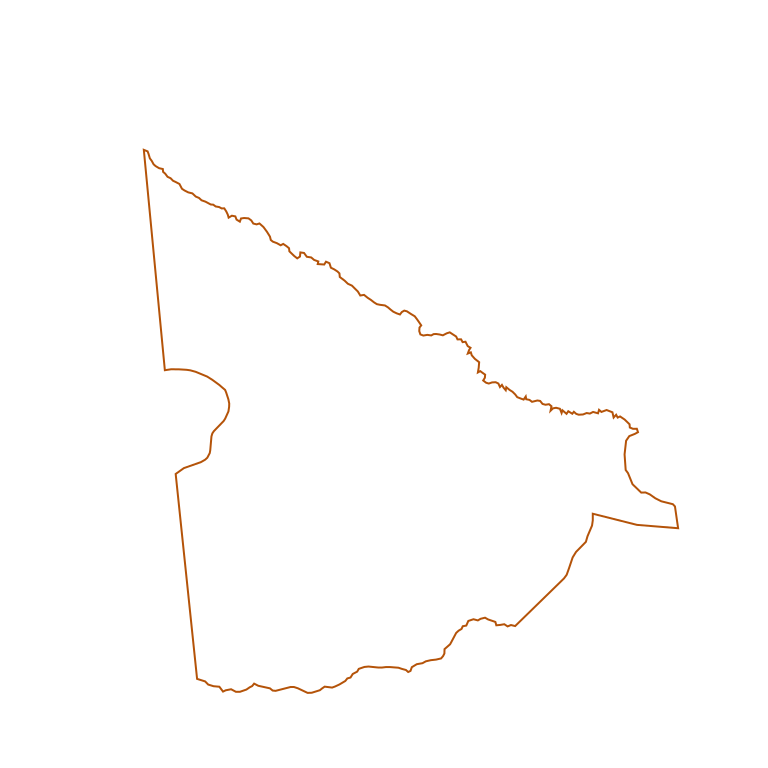 outline of Chapadão do Céu, Goiás, Brazil, rotated 346°
{"feature_id": "56859067B16920149429601", "entity_name": "Chapadão do Céu", "entity_type": "district", "adm_level": 2, "iso_a3": "BRA", "parent_name": "Brazil", "parent_adm1": "Goiás", "projection": "orthographic", "projection_center": [-52.582, -18.383], "detail": "fine", "context": "isolated", "style": "outline", "palette": "amber", "viewbox_px": 768, "rotation_deg": 346, "n_neighbors": 0, "source": "geoboundaries", "source_scale": "gbopen_adm2", "svg_char_len": 4029}
<svg xmlns="http://www.w3.org/2000/svg" viewBox="0 0 768 768"><g transform="rotate(346 384 384)"><path d="M452.7,650.6L511.6,616.2L515.1,613.3L519.1,607.3L525.1,597.9L529.7,593.4L541.7,586.0L544.6,581.0L551.6,571.7L553.6,566.8L555.2,560.4L595.4,581.9L634.5,595.1L635.2,587.9L636.7,573.2L635.2,570.5L624.7,564.9L619.6,560.5L615.2,555.4L611.5,552.5L607.3,551.6L600.9,541.4L599.2,529.5L597.7,525.9L600.4,510.5L605.2,497.6L609.4,493.9L615.3,493.1L618.8,492.2L618.5,488.6L614.7,487.7L612.0,485.7L612.5,482.5L608.9,476.7L605.2,472.6L602.6,473.1L601.8,470.0L598.7,472.1L598.8,466.7L593.7,463.1L588.2,463.7L586.4,461.1L584.6,464.2L580.1,461.7L576.6,462.5L573.6,461.2L569.7,461.7L565.5,460.9L563.3,459.5L561.5,456.9L559.5,458.4L556.2,455.0L553.9,457.1L550.8,452.7L549.3,455.1L548.7,450.6L545.2,448.7L542.1,448.5L539.2,450.2L541.1,446.1L539.2,443.5L535.7,443.2L533.0,441.7L531.4,438.2L528.8,437.1L523.3,437.1L521.3,434.6L518.3,433.2L518.5,430.4L515.7,432.9L512.9,431.0L510.1,429.0L508.8,425.9L506.8,422.6L504.4,420.1L501.9,416.7L500.6,419.5L499.1,416.5L498.2,413.4L495.8,415.0L495.1,411.2L492.8,409.3L489.3,408.6L485.8,408.9L483.4,407.5L481.1,404.6L483.4,402.3L484.4,399.4L482.4,397.1L480.5,394.8L477.9,395.5L479.8,391.2L481.6,385.9L478.2,381.5L476.1,377.4L475.9,374.3L472.7,374.7L474.8,371.6L476.7,369.8L474.4,367.5L473.3,362.7L470.4,362.4L469.6,359.3L466.1,358.5L465.5,355.4L462.7,352.4L460.3,349.8L457.1,350.0L452.9,351.0L449.9,349.4L446.7,348.1L444.2,347.6L441.6,348.3L437.9,346.8L433.9,346.5L431.3,344.7L431.0,341.2L432.1,337.8L434.3,336.1L431.7,329.2L430.2,325.7L427.1,322.6L423.8,319.0L421.4,317.7L418.7,318.5L416.3,320.4L413.4,318.5L410.5,316.1L408.3,313.3L406.4,310.6L403.9,308.0L399.3,306.2L396.4,304.8L394.1,302.4L391.6,299.2L389.0,296.4L386.2,292.7L382.4,292.4L381.0,287.9L379.1,284.8L376.7,280.8L373.2,278.0L370.8,274.2L367.0,269.5L367.5,265.9L366.1,263.6L363.5,260.8L360.6,258.3L360.3,253.6L357.3,251.3L354.9,253.6L351.8,252.6L348.7,251.6L349.9,249.2L346.2,246.7L344.0,243.6L339.9,241.9L338.1,237.5L334.7,236.1L333.3,240.0L330.2,241.1L327.8,238.0L325.8,234.8L324.3,232.4L324.7,229.3L322.8,226.7L320.1,223.7L317.3,224.4L314.1,221.4L310.6,219.0L309.0,216.9L309.0,213.4L307.3,208.1L305.0,202.5L302.0,198.1L299.0,198.3L296.0,196.7L294.8,193.2L292.6,190.5L288.4,189.1L285.3,188.8L283.4,191.6L280.7,188.8L280.3,185.4L277.1,183.9L273.5,185.0L273.4,181.9L272.7,178.4L271.5,174.9L269.0,174.4L266.8,172.4L263.6,171.0L261.7,168.7L259.3,167.9L254.9,163.9L251.4,161.6L249.5,158.7L246.7,156.6L244.2,152.7L240.4,150.7L237.2,147.9L235.2,145.7L233.9,140.4L230.5,137.4L228.5,135.8L226.7,132.7L224.1,130.6L222.6,127.0L221.0,124.7L221.4,121.9L218.0,120.2L215.1,117.3L213.6,115.1L212.6,111.3L211.4,108.4L211.2,103.8L210.9,101.1L207.6,98.7L174.7,317.6L181.0,318.2L188.7,320.2L196.0,322.5L199.4,323.9L204.2,326.6L214.2,334.0L218.5,338.5L224.0,345.1L225.8,347.7L228.4,351.3L228.8,354.1L229.3,361.1L229.1,365.5L228.2,368.7L226.4,373.0L221.5,379.2L219.5,381.1L207.5,388.6L205.5,390.4L203.9,393.1L199.4,406.2L198.2,408.9L194.7,412.8L192.1,414.2L187.5,415.5L169.5,417.2L160.1,420.9L131.3,624.9L138.5,629.3L140.7,633.1L145.5,636.0L151.0,637.9L153.4,643.5L156.3,642.9L161.8,643.2L165.8,646.8L169.8,647.8L176.6,647.2L180.3,645.8L183.0,645.2L185.5,643.3L189.0,646.4L199.7,651.7L201.8,654.5L204.6,655.5L220.2,655.4L223.3,656.2L226.8,658.4L235.1,665.2L239.2,666.1L247.7,665.6L250.3,664.4L253.2,663.3L260.2,666.0L263.2,665.7L267.9,664.8L274.6,662.8L277.2,660.8L280.5,660.7L283.5,657.8L288.4,656.6L290.6,654.3L296.5,653.8L300.6,654.4L309.5,657.6L313.2,658.6L317.2,659.1L321.6,660.2L329.4,662.8L332.5,664.8L336.1,666.8L337.8,669.3L340.3,668.8L342.5,665.5L348.0,663.8L353.8,664.2L357.5,663.2L362.6,663.3L367.8,664.0L373.0,664.1L375.5,662.3L377.4,660.1L378.6,655.9L385.2,652.5L387.4,650.1L393.8,643.0L396.7,641.4L400.0,640.4L401.8,638.1L405.4,638.3L408.5,634.3L413.9,633.9L417.9,636.1L420.9,635.2L425.5,635.2L428.0,637.6L434.5,641.8L434.6,645.3L438.6,645.9L442.6,646.2L445.3,649.1L448.9,648.6L452.7,650.6Z" fill="none" stroke="#b45309" stroke-width="2"/></g></svg>